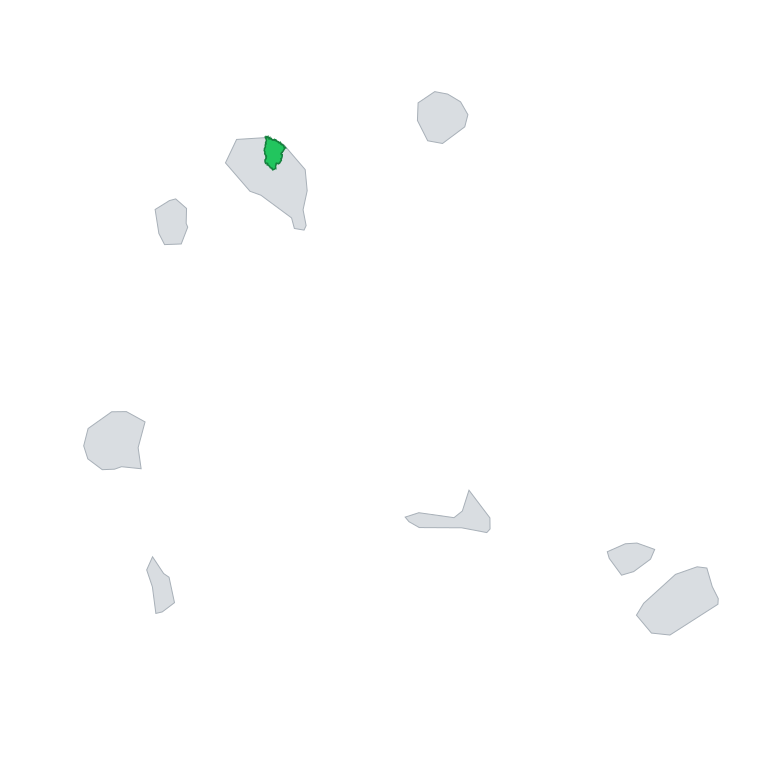 Sao Joao Baptista, Ribeira Grande de Santiago, Cabo Verde shown in context, rotated 173°
{"feature_id": "66160863B53173453259277", "entity_name": "Sao Joao Baptista", "entity_type": "district", "adm_level": 2, "iso_a3": "CPV", "parent_name": "Cabo Verde", "parent_adm1": "Ribeira Grande de Santiago", "projection": "mercator", "projection_center": [-23.659, 14.991], "detail": "fine", "context": "in_parent", "style": "filled", "palette": "green", "viewbox_px": 768, "rotation_deg": 173, "n_neighbors": 0, "source": "geoboundaries", "source_scale": "gbopen_adm2", "svg_char_len": 5551}
<svg xmlns="http://www.w3.org/2000/svg" viewBox="0 0 768 768"><g transform="rotate(173 384 384)"><path d="M514.4,622.8L500.5,644.7L470.1,642.9L454.4,633.9L436.1,606.4L436.7,585.2L443.1,566.8L442.0,550.7L444.6,546.5L454.0,549.3L455.5,560.1L483.2,586.4L493.5,591.6L514.4,622.8ZM117.9,159.5L95.5,164.4L86.0,162.0L82.9,142.9L78.4,130.3L79.4,124.7L130.8,100.0L148.9,104.2L161.6,123.8L153.0,134.7L117.9,159.5ZM635.4,329.5L654.6,333.9L661.8,332.3L674.1,333.3L687.1,345.8L689.6,359.2L683.1,375.9L657.7,389.6L643.1,388.0L625.8,375.5L635.8,350.8L635.4,329.5ZM315.9,658.9L298.0,668.0L285.5,664.0L273.6,654.7L267.9,641.1L272.5,629.4L296.6,615.6L311.0,620.1L318.7,641.5L315.9,658.9ZM366.5,237.2L376.0,244.3L379.2,249.3L365.1,252.0L330.8,242.8L321.7,248.4L312.6,268.2L295.2,238.2L296.4,227.2L300.1,224.0L324.4,231.8L366.5,237.2ZM574.6,592.2L568.2,593.1L558.6,582.3L560.8,567.5L559.7,563.6L568.2,547.7L584.8,549.1L589.1,560.8L589.9,585.1L574.6,592.2ZM182.8,190.3L164.0,196.0L152.3,195.3L135.5,186.8L140.8,177.7L159.0,167.4L171.5,165.3L181.7,183.5L182.8,190.3ZM642.2,228.4L634.8,240.7L625.8,222.7L620.9,218.4L618.6,192.5L631.9,184.8L638.4,184.1L638.6,210.9L642.2,228.4Z" fill="#d9dde1" stroke="#a8b0b8" stroke-width="1"/><path d="M452.9,630.3L453.0,630.5L453.2,630.8L453.4,630.7L453.5,630.9L453.7,631.0L453.8,630.9L453.8,631.1L454.0,631.1L454.0,631.3L454.3,631.3L454.3,631.5L454.2,631.5L454.3,631.5L454.5,631.8L454.5,632.0L454.5,632.3L454.6,632.6L454.8,632.8L454.7,632.9L454.8,633.1L455.0,633.2L455.1,633.4L455.3,633.4L455.2,633.4L455.3,633.5L455.5,633.7L455.5,633.8L455.7,634.0L455.8,633.9L456.3,633.9L456.4,634.1L456.6,634.4L456.8,634.4L457.0,634.5L456.9,634.8L457.1,634.9L457.2,635.0L457.0,635.3L457.0,635.5L457.3,635.5L457.5,635.5L457.6,635.8L457.6,636.0L457.7,635.9L458.2,636.2L458.3,636.3L458.3,636.2L458.5,636.3L458.5,636.2L458.8,636.2L458.8,636.5L458.8,636.3L459.0,636.4L459.0,636.5L459.1,636.9L459.3,636.8L459.5,637.1L459.8,637.2L459.9,637.6L460.3,637.7L460.5,637.9L460.5,638.0L460.8,638.3L461.0,638.4L460.9,638.5L461.1,638.4L461.1,638.5L461.3,638.5L461.4,638.9L461.5,639.1L461.9,639.2L462.0,639.3L462.2,639.1L462.3,639.1L462.5,639.3L462.4,639.4L462.5,639.4L462.4,639.6L462.5,639.6L462.8,639.6L462.9,639.4L463.0,639.4L463.0,639.5L463.1,639.4L463.2,639.5L463.4,639.5L463.3,639.8L463.4,640.0L463.7,639.9L463.8,639.8L463.8,639.7L464.2,639.6L464.7,639.6L464.9,639.7L464.9,640.0L465.0,640.1L465.3,640.2L465.3,640.3L465.1,640.4L465.3,640.4L465.5,640.4L465.5,640.5L465.6,640.8L465.8,640.9L466.1,640.9L466.0,641.1L466.0,641.3L466.3,641.2L466.4,641.3L466.5,641.5L466.8,641.7L467.1,641.8L467.3,641.7L467.3,642.0L467.4,641.9L467.4,642.0L467.6,641.9L467.5,642.1L467.6,642.3L467.8,642.3L467.9,642.5L468.2,642.3L468.2,642.6L468.5,642.6L468.5,642.8L468.7,643.0L468.9,642.9L469.0,643.0L469.3,643.1L469.5,643.1L469.4,643.3L469.6,643.2L469.7,643.3L469.8,643.5L470.0,643.2L470.1,643.5L470.3,643.4L470.4,643.5L470.4,643.4L470.5,643.4L470.5,643.5L470.8,643.4L470.8,643.5L470.8,643.4L470.9,643.5L471.0,643.5L471.3,643.6L471.3,643.8L471.4,643.6L471.5,643.7L471.8,643.6L471.6,643.1L471.5,642.8L471.6,642.6L471.3,642.3L471.3,642.1L471.2,641.9L471.2,641.3L471.0,640.8L471.0,640.2L471.3,639.3L471.5,639.0L471.5,638.8L471.7,638.6L471.8,638.6L472.1,638.1L472.1,637.9L471.9,637.7L472.0,637.4L471.9,637.2L472.0,637.1L471.8,636.7L472.1,636.5L472.4,636.4L472.4,636.1L472.7,635.8L472.8,635.4L472.7,635.1L472.8,634.8L472.8,634.5L472.9,634.2L472.8,633.9L472.8,633.7L473.0,633.4L473.1,633.2L473.3,633.1L473.8,632.6L473.8,632.4L473.8,632.1L474.0,632.0L474.0,631.9L474.0,631.7L474.1,631.4L474.1,631.2L474.4,630.6L474.4,630.1L473.9,629.0L474.1,628.0L474.3,627.4L474.2,627.1L474.0,626.8L474.1,626.7L474.1,626.3L473.9,626.2L473.6,625.5L473.3,625.3L473.3,625.2L473.0,624.7L473.5,624.3L473.5,624.0L473.1,623.6L473.3,623.1L473.6,622.8L473.4,622.5L473.4,622.3L473.5,622.1L474.0,621.8L474.1,621.5L474.6,621.2L474.8,620.8L474.8,620.5L475.0,619.8L474.9,619.1L474.9,618.4L474.8,618.2L474.6,618.0L474.6,617.8L474.6,617.6L474.4,617.7L474.2,617.9L473.9,617.9L473.9,618.0L473.8,617.8L473.7,617.6L473.4,617.2L473.3,617.3L473.2,617.2L472.6,617.1L472.6,616.7L472.7,616.2L472.9,616.2L473.0,616.1L473.3,615.8L473.2,615.7L472.8,615.6L472.5,615.5L472.3,615.4L471.9,615.0L471.7,614.8L471.7,614.7L471.4,614.4L471.1,614.1L471.0,613.7L470.6,613.3L470.6,612.9L470.5,612.6L470.4,612.4L470.0,612.3L469.8,612.3L469.5,612.2L469.3,611.8L469.2,611.8L468.7,611.7L468.7,611.4L468.8,611.2L468.8,610.9L468.7,610.7L468.3,610.1L468.1,610.2L467.3,610.4L467.2,610.5L466.9,610.6L466.7,610.7L466.4,610.7L465.6,611.2L465.4,611.2L465.2,611.1L465.2,611.5L465.1,612.0L465.1,612.5L465.1,613.2L465.0,613.7L464.9,613.9L464.7,614.1L464.6,614.4L464.7,614.6L464.5,614.9L464.3,615.1L464.3,615.7L464.1,616.2L463.8,616.3L463.6,616.2L463.4,616.2L463.1,616.0L463.1,615.9L462.4,615.6L462.1,615.8L461.8,615.5L461.6,615.7L461.3,615.7L461.0,616.0L460.7,616.0L460.2,616.6L460.2,616.9L459.7,617.3L459.6,617.5L458.7,618.4L458.6,618.6L458.7,618.9L458.6,619.3L458.7,619.6L458.8,619.6L458.9,620.1L458.7,620.1L458.2,620.4L458.2,620.6L457.8,621.1L457.7,621.4L457.6,621.7L457.5,621.9L457.5,622.0L457.2,622.8L457.2,623.4L457.1,623.6L457.2,623.9L457.1,624.1L457.3,624.2L457.6,624.1L457.8,624.1L458.0,624.2L458.0,624.6L458.2,625.0L457.8,625.5L457.7,625.6L457.4,625.9L457.5,626.0L457.2,626.3L456.9,626.3L456.7,626.3L456.4,626.9L456.1,627.2L456.0,627.3L455.8,627.4L455.6,627.6L455.3,628.2L455.2,628.2L454.8,628.7L454.8,628.8L454.8,629.0L454.6,629.3L454.3,629.4L454.3,629.6L453.8,630.2L453.3,630.3L452.9,630.3Z" fill="#22c55e" stroke="#15803d" stroke-width="1.5"/></g></svg>